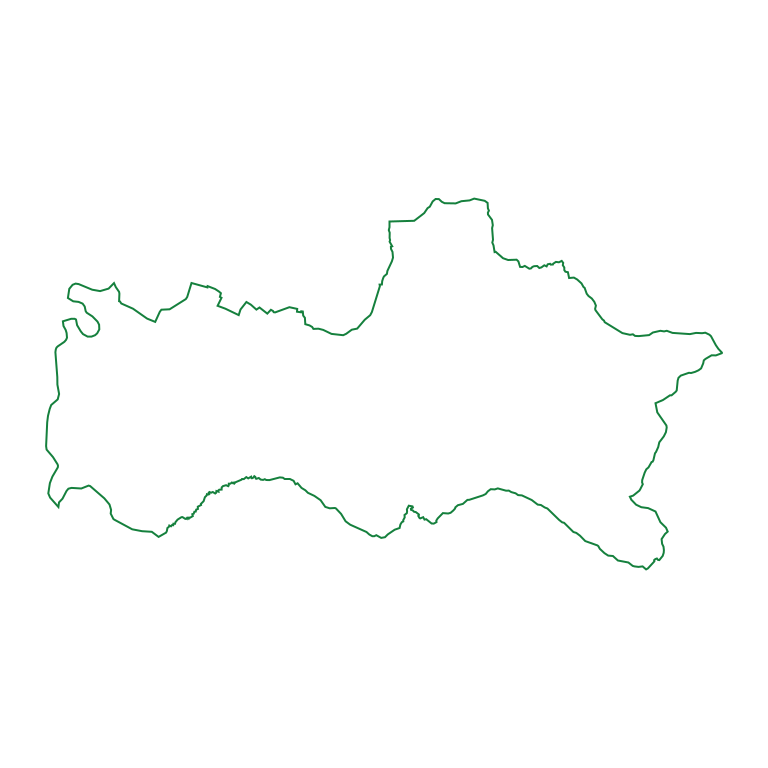 outline of Aita Mare, Covasna, Romania
{"feature_id": "2599482B68791868874365", "entity_name": "Aita Mare", "entity_type": "district", "adm_level": 2, "iso_a3": "ROU", "parent_name": "Romania", "parent_adm1": "Covasna", "projection": "albers", "projection_center": [25.64, 45.977], "detail": "fine", "context": "isolated", "style": "outline", "palette": "green", "viewbox_px": 768, "rotation_deg": 0, "n_neighbors": 0, "source": "geoboundaries", "source_scale": "gbopen_adm2", "svg_char_len": 6063}
<svg xmlns="http://www.w3.org/2000/svg" viewBox="0 0 768 768"><path d="M662.7,555.9L663.7,552.8L663.9,550.1L663.5,546.7L662.1,543.8L661.6,539.1L665.0,534.0L667.7,531.6L666.0,527.7L660.4,522.2L655.5,511.5L648.1,508.1L641.3,507.2L636.1,504.7L631.3,499.7L629.9,496.7L633.2,495.6L639.4,490.6L640.2,489.3L642.8,484.2L642.1,482.5L642.2,480.1L644.7,472.6L646.3,469.3L648.5,467.4L651.6,462.0L652.6,461.7L653.4,460.2L655.0,453.3L656.0,452.0L658.2,447.1L659.3,442.3L663.8,436.4L665.9,432.2L666.7,427.5L666.4,425.5L657.3,412.4L655.5,403.2L663.0,400.0L670.0,395.3L671.6,395.3L675.7,391.8L676.7,390.5L677.7,380.5L678.5,377.8L680.8,375.6L688.9,372.8L691.1,373.0L695.0,371.9L698.5,370.3L701.1,368.4L703.2,363.4L703.8,360.4L705.5,358.9L711.6,355.3L715.9,355.4L721.8,353.2L721.9,352.6L718.4,348.9L715.8,345.1L711.0,336.2L709.4,334.7L705.3,332.7L702.1,333.2L696.1,332.9L689.9,334.1L672.5,332.9L666.8,330.8L664.1,331.4L660.4,330.8L652.9,332.5L649.1,335.1L638.7,336.1L635.0,335.9L632.9,334.3L630.0,334.8L622.4,333.1L604.7,322.2L604.0,320.6L602.3,319.3L595.5,310.2L595.1,308.9L595.9,305.6L594.3,301.8L591.8,298.5L588.5,296.0L586.7,293.7L584.6,287.8L583.5,287.0L581.5,283.4L577.2,279.5L573.9,277.6L569.1,278.0L567.9,272.2L565.4,271.7L564.3,270.1L564.3,267.5L562.8,265.2L563.2,262.9L561.7,260.9L558.9,262.3L555.9,261.9L553.2,263.7L552.9,264.5L550.7,264.6L550.1,263.8L547.7,264.3L546.6,266.4L544.3,265.3L541.4,267.4L539.3,268.0L537.2,266.0L534.1,266.2L532.4,266.9L531.0,268.4L529.3,268.7L524.8,265.9L522.5,267.0L520.1,266.9L518.4,261.4L516.6,259.7L508.1,260.0L503.0,258.2L495.7,251.8L494.6,252.1L493.5,245.4L492.3,242.6L493.0,239.8L492.1,228.1L492.8,225.2L492.0,219.9L488.0,214.5L487.9,212.6L488.9,210.7L487.9,208.3L487.6,202.9L484.7,200.8L474.2,198.6L469.6,200.4L461.4,201.2L455.7,203.4L444.6,203.2L441.8,201.8L438.9,199.1L435.6,199.0L432.7,201.4L429.8,206.7L427.6,208.1L424.2,213.1L414.2,220.8L389.5,221.5L389.5,227.2L388.8,230.1L389.7,232.7L389.6,238.0L390.1,240.1L389.6,241.7L392.2,246.3L390.9,246.7L391.0,248.9L392.5,251.9L393.0,257.6L391.9,261.3L387.4,270.9L386.9,273.9L383.9,276.5L383.1,278.3L382.2,281.1L381.9,284.5L379.6,284.6L379.9,286.1L371.9,312.0L370.2,315.2L364.8,319.7L357.2,328.6L351.8,329.7L346.2,333.8L343.2,335.2L331.5,333.9L323.2,329.9L318.5,328.7L313.4,328.9L312.2,327.0L309.5,325.4L305.3,324.2L304.9,317.8L303.2,315.6L302.8,311.5L301.2,311.3L301.0,312.3L297.0,311.7L297.2,308.9L289.4,307.2L275.1,312.4L273.7,312.2L273.0,311.0L270.9,309.8L267.3,313.6L259.5,307.5L256.4,309.6L250.9,304.7L246.4,302.0L240.5,309.5L238.7,315.1L225.4,308.7L217.6,305.8L221.5,297.8L219.9,296.9L220.9,293.2L218.9,291.5L215.1,289.0L207.6,286.1L207.4,287.4L191.5,283.0L187.2,297.0L185.8,299.1L169.6,309.3L161.4,309.7L159.8,311.8L155.2,321.9L147.1,318.6L133.0,308.7L121.3,303.5L119.9,301.4L119.1,301.2L119.4,293.7L119.1,291.9L115.8,287.1L114.0,283.1L108.6,288.6L100.1,291.1L92.2,289.7L78.7,284.1L75.6,283.6L72.6,284.8L69.3,288.8L67.9,298.0L73.2,301.3L78.6,301.9L82.6,303.6L84.7,306.5L85.7,311.2L86.7,312.7L92.4,316.4L97.5,321.6L99.1,324.7L99.3,329.4L97.2,333.3L95.1,335.2L91.5,336.6L87.6,336.6L83.0,334.1L80.8,331.4L77.1,325.2L76.0,319.5L74.7,318.8L71.2,318.8L62.9,321.3L63.5,326.0L65.7,330.0L66.6,333.0L67.0,337.7L66.1,339.8L64.4,341.8L57.7,346.4L56.5,347.6L55.8,349.4L55.4,352.2L57.3,377.1L57.4,384.6L59.1,394.0L57.7,399.4L51.2,405.0L49.7,409.0L48.0,415.9L47.2,422.3L46.1,446.1L46.6,449.6L53.0,457.1L57.6,464.4L58.0,465.8L57.8,467.4L52.4,476.6L49.9,483.1L48.3,493.4L50.1,497.6L58.4,507.0L59.0,502.4L62.5,498.7L66.5,491.0L68.4,488.7L71.5,487.9L81.3,488.5L88.6,485.6L90.2,486.1L104.3,498.3L109.5,504.5L111.1,509.9L110.7,513.6L113.4,519.0L114.4,519.7L132.2,529.3L142.1,531.2L151.8,531.8L158.6,536.9L166.1,532.6L166.9,530.9L167.4,528.0L168.9,526.8L169.3,525.5L171.0,526.3L172.1,525.0L173.2,525.2L173.4,523.7L175.0,523.8L175.5,522.1L177.6,519.6L181.4,517.2L182.5,517.1L185.3,518.9L186.2,518.5L186.9,518.9L187.2,517.7L187.9,517.6L188.8,518.6L189.4,517.6L190.1,517.7L192.8,516.1L192.3,514.2L193.7,513.7L194.4,511.7L195.7,511.6L196.2,509.6L197.9,509.0L197.8,506.7L201.1,505.0L200.9,503.9L203.6,501.2L204.9,497.2L206.7,495.4L206.9,494.2L208.7,494.5L209.3,494.0L208.7,492.8L209.4,492.0L211.1,492.7L212.8,492.0L215.2,493.5L216.1,492.8L216.4,491.0L218.5,491.7L218.3,490.5L219.2,489.7L221.6,489.6L221.7,487.4L223.0,486.1L226.1,485.2L228.2,486.2L228.7,485.6L228.8,483.7L230.4,483.7L231.9,482.5L233.1,483.3L233.9,482.6L234.4,483.4L235.4,482.3L241.5,479.7L242.0,479.0L243.8,479.1L246.3,477.1L248.2,478.4L251.1,476.7L251.4,478.0L251.9,478.3L253.2,477.7L254.3,476.2L255.3,476.9L255.8,478.6L256.4,478.8L258.8,478.0L260.7,479.6L263.1,479.9L264.8,479.2L266.2,480.0L269.4,480.1L279.8,477.4L282.9,477.7L284.7,479.0L289.9,479.0L293.6,480.8L295.5,484.3L297.6,483.3L301.5,487.9L305.4,490.3L307.9,492.8L314.4,495.9L320.6,500.2L325.3,506.9L329.7,508.3L334.9,508.0L335.9,508.4L341.1,513.9L345.6,521.3L350.2,524.7L366.5,532.0L369.3,534.5L372.3,536.2L374.3,536.2L376.3,535.2L381.2,537.9L385.0,537.2L387.8,534.4L394.7,529.7L399.6,528.0L400.4,524.5L401.8,522.2L403.3,521.4L403.2,520.2L404.7,517.4L404.5,515.0L406.8,513.2L407.1,511.4L406.9,509.3L408.8,505.7L412.5,506.4L412.9,507.5L410.9,508.7L411.0,509.8L412.7,510.4L414.1,511.8L415.7,512.0L418.8,514.4L419.0,514.9L418.3,515.9L419.5,518.0L420.2,518.4L423.2,517.2L424.5,519.6L426.2,519.2L431.6,523.5L433.8,523.6L436.5,522.1L436.3,520.6L437.7,518.4L442.9,513.1L448.2,513.5L450.6,512.8L453.3,510.5L455.1,508.5L455.3,507.4L457.9,505.2L462.9,503.9L467.4,499.9L469.3,499.8L482.9,495.4L485.7,494.0L487.9,491.3L490.7,489.2L494.8,489.4L497.8,488.4L506.1,490.7L508.8,490.6L511.3,492.1L515.6,493.3L518.1,495.1L521.9,495.4L531.7,500.0L537.7,504.6L540.9,505.0L544.8,507.5L547.4,508.5L559.1,519.9L562.1,522.3L564.1,522.8L573.4,532.0L576.3,532.9L580.0,535.7L585.3,541.1L597.4,545.4L598.3,546.1L599.8,548.8L604.4,553.1L608.2,555.6L612.9,556.0L617.9,560.5L628.4,562.5L632.7,565.9L634.5,566.4L638.5,566.9L642.6,566.4L646.1,569.4L647.9,568.4L653.8,562.0L654.4,561.2L654.1,560.2L655.3,559.1L656.9,558.5L658.0,559.9L659.3,560.1L662.7,555.9Z" fill="none" stroke="#15803d" stroke-width="2"/></svg>